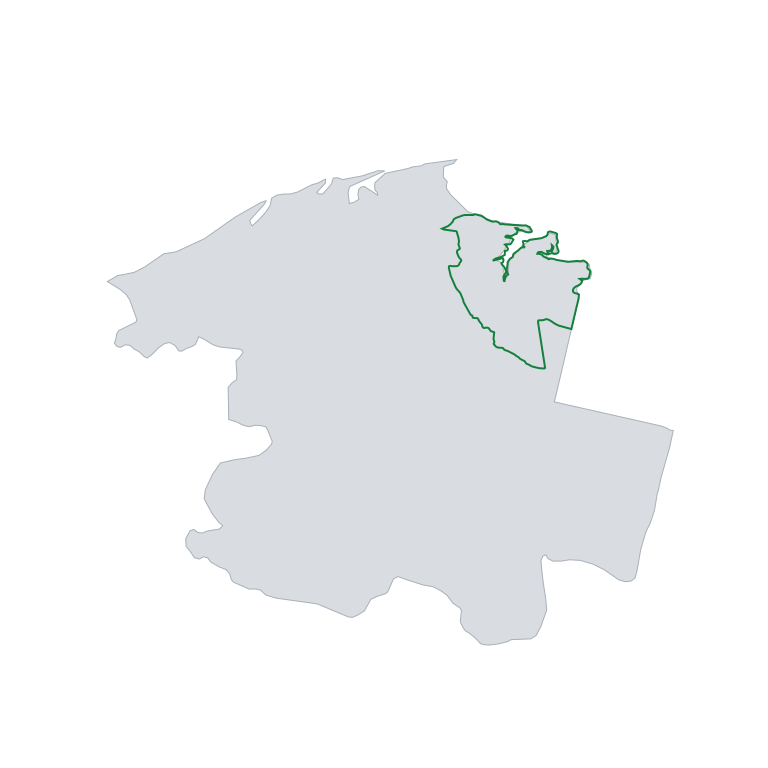 where Estuaire sits in Gabon, rotated 103°
{"feature_id": "GAB-2168", "entity_name": "Estuaire", "entity_type": "Province", "adm_level": 1, "iso_a3": "GAB", "parent_name": "Gabon", "parent_adm1": "", "projection": "natural_earth1", "projection_center": [9.925, 0.242], "detail": "fine", "context": "in_parent", "style": "outline", "palette": "green", "viewbox_px": 768, "rotation_deg": 103, "n_neighbors": 0, "source": "natural_earth", "source_scale": "10m", "svg_char_len": 7917}
<svg xmlns="http://www.w3.org/2000/svg" viewBox="0 0 768 768"><g transform="rotate(103 384 384)"><path d="M522.4,104.7L522.0,111.2L515.5,127.4L512.5,139.8L511.7,153.0L513.5,163.6L516.6,171.2L518.6,179.5L517.1,185.2L514.0,187.7L516.1,190.6L520.8,191.3L528.8,188.8L541.1,184.4L557.2,178.0L567.8,174.6L585.2,176.7L594.6,179.1L599.3,183.6L604.5,202.6L607.1,205.5L611.3,213.5L614.8,223.2L615.6,228.2L615.2,231.7L611.6,236.9L607.6,244.7L606.2,249.3L602.9,252.8L598.7,256.2L587.0,257.6L585.2,259.6L581.9,267.8L575.8,274.8L573.0,281.3L570.5,290.1L571.0,301.0L569.7,316.6L568.5,327.2L571.6,330.9L585.5,333.5L588.2,335.6L591.9,342.1L596.7,348.3L609.5,352.1L614.4,356.9L618.4,362.0L619.0,366.2L616.1,383.2L613.3,399.5L614.3,411.9L615.4,423.8L616.9,441.0L616.2,451.6L612.6,458.0L612.6,463.0L614.2,469.1L611.0,485.9L609.0,488.7L603.3,491.9L600.3,496.4L599.3,503.5L596.2,513.2L593.0,516.7L593.0,521.2L596.1,524.5L596.0,529.6L590.3,535.6L586.9,540.2L579.3,542.4L570.6,540.0L568.5,536.7L570.7,531.5L569.9,527.3L566.9,522.9L562.3,511.6L558.2,509.3L555.9,513.9L548.8,522.5L536.3,533.4L527.5,534.3L511.4,531.0L497.8,525.7L491.5,512.8L487.5,502.2L481.7,489.8L475.2,484.0L468.3,480.2L465.2,479.9L455.3,486.8L452.3,489.5L452.3,495.3L453.3,500.7L454.8,503.3L456.1,506.8L455.8,512.2L454.1,519.3L453.5,527.3L422.4,535.1L417.0,532.3L413.1,528.7L408.4,529.3L394.9,533.4L390.0,530.5L385.1,528.5L382.8,530.2L382.6,533.6L384.9,552.3L384.2,559.4L381.1,568.7L379.6,575.0L387.8,576.7L390.8,579.7L393.7,584.4L397.6,588.7L397.9,591.4L393.4,596.3L391.8,602.3L394.0,607.0L399.6,611.9L407.8,617.0L411.8,620.3L411.4,623.4L407.6,629.9L406.1,635.4L403.5,640.3L404.0,644.9L407.7,649.2L407.3,653.0L404.8,655.9L399.7,655.3L395.4,655.7L391.6,654.5L379.5,639.7L376.8,639.3L359.2,650.7L354.9,655.3L351.3,662.0L346.4,676.6L338.4,668.1L331.5,652.6L323.5,643.2L306.6,627.8L302.1,616.5L282.8,591.6L255.0,566.7L235.0,545.0L231.9,540.2L235.3,540.8L254.7,551.6L257.3,550.4L259.6,548.0L251.2,542.3L243.2,537.9L235.7,535.1L228.2,535.3L224.0,530.8L221.3,523.8L219.9,517.9L216.6,511.7L205.9,498.8L203.3,493.9L197.5,487.1L201.1,486.2L212.5,492.7L213.5,490.1L212.5,486.3L201.0,480.2L194.8,479.8L193.4,475.5L194.2,470.5L186.0,451.8L177.5,437.8L176.2,431.2L199.1,461.6L202.2,462.1L206.2,461.9L215.8,458.4L214.0,454.4L209.7,450.0L205.5,452.0L200.1,452.4L197.3,450.6L196.0,447.5L201.4,432.7L199.0,433.5L197.3,436.1L194.4,437.4L189.8,438.1L178.5,430.2L168.5,408.9L165.8,404.5L163.2,397.1L160.5,394.0L149.0,363.7L153.4,365.9L158.7,374.7L168.8,372.9L172.8,367.8L176.3,368.0L179.8,366.8L184.3,362.0L197.3,341.1L200.8,313.5L199.6,297.2L197.7,280.9L202.1,275.7L203.8,279.1L204.6,284.9L206.6,289.2L211.3,293.0L219.9,294.0L233.2,300.1L238.0,303.9L239.3,296.2L254.6,289.7L250.0,287.4L236.4,289.9L217.6,280.2L211.4,274.0L205.6,262.3L199.6,256.1L200.0,250.6L213.5,245.5L217.0,246.1L218.5,252.1L222.1,254.6L223.5,253.8L224.1,248.6L224.1,234.7L220.0,214.8L221.2,211.0L224.9,209.6L228.2,206.9L230.5,206.4L235.1,206.9L237.3,211.5L238.6,214.1L243.2,215.3L246.9,217.7L250.2,217.1L252.9,214.2L256.8,213.6L269.1,213.6L280.2,213.7L302.3,213.8L324.4,213.8L346.5,213.9L363.1,214.0L363.1,202.6L363.0,185.0L362.9,164.2L362.8,144.3L362.7,125.9L362.6,104.1L363.5,97.9L364.6,95.3L364.2,91.7L381.3,91.4L412.3,93.0L425.8,92.8L429.6,93.1L446.5,92.0L460.2,93.4L466.1,94.9L471.3,95.7L487.7,96.6L509.1,95.5L516.4,95.7L520.4,98.8L522.4,104.7Z" fill="#d9dde1" stroke="#a8b0b8" stroke-width="1"/><path d="M256.9,213.6L265.8,213.7L288.3,213.8L287.8,227.1L286.6,231.8L285.7,233.7L284.5,237.4L284.2,239.2L284.3,240.5L285.5,242.5L286.0,243.4L286.3,244.3L287.0,247.0L287.4,247.9L288.0,248.0L289.2,247.8L331.7,230.8L332.4,230.8L332.7,231.1L333.5,234.8L333.7,236.9L333.6,243.4L333.4,244.6L332.6,247.1L332.2,249.4L332.0,250.0L331.8,250.4L330.6,251.5L330.2,252.0L330.0,252.5L329.1,256.3L328.8,257.1L328.2,258.2L327.8,258.7L327.5,259.3L327.4,259.7L327.1,260.8L327.0,261.2L326.0,263.1L325.7,264.0L324.0,270.9L323.8,273.4L323.6,274.2L323.5,274.6L323.2,275.0L323.0,275.3L322.5,275.7L322.3,276.2L322.2,277.2L322.8,280.3L322.8,281.4L322.8,281.9L322.7,282.4L322.3,283.5L321.7,284.4L321.4,284.7L321.2,284.9L320.7,285.7L320.2,286.2L318.6,285.9L318.3,285.9L318.0,286.0L315.5,287.4L314.3,287.6L313.8,287.6L310.5,288.1L309.4,288.1L308.9,288.3L308.7,288.6L308.6,289.5L308.6,290.8L308.5,291.5L308.2,292.1L307.9,292.5L306.5,294.0L306.3,294.2L306.0,294.8L305.9,295.1L305.9,295.4L305.9,296.2L306.0,296.5L306.1,297.2L306.9,299.0L306.9,299.7L306.5,300.6L304.3,301.9L303.6,302.5L302.7,303.7L301.1,305.7L299.7,306.6L298.8,307.9L298.8,308.1L299.1,309.1L299.4,311.0L299.5,311.9L299.4,312.3L299.1,312.7L298.7,312.8L298.1,313.0L297.5,313.4L297.3,313.9L297.3,314.4L297.3,314.9L296.9,315.3L287.1,324.2L286.1,325.0L284.6,325.6L278.8,329.7L277.8,330.6L275.1,334.5L273.3,336.2L263.5,343.4L256.1,347.0L254.6,347.1L254.2,346.5L254.0,345.7L253.9,343.9L253.6,342.9L253.0,340.1L252.7,339.3L252.1,338.5L251.4,338.0L250.6,337.7L249.0,337.5L248.3,337.2L247.5,336.8L246.6,336.5L245.8,336.7L245.0,337.6L244.4,338.6L243.3,339.8L241.9,340.9L239.4,342.5L238.1,342.7L237.1,342.4L235.5,340.7L234.7,340.6L233.3,341.6L231.3,342.8L230.5,342.9L228.1,343.0L227.3,343.3L224.0,344.7L220.8,346.6L220.0,346.9L219.3,347.3L218.9,348.1L220.0,360.1L219.6,362.4L215.8,357.2L213.2,355.1L210.5,353.6L209.7,353.4L208.2,353.2L207.1,352.5L205.9,351.1L201.7,344.6L201.0,342.7L199.2,334.9L198.1,333.6L198.1,327.2L198.7,325.2L200.5,321.0L200.9,319.1L201.0,318.0L201.3,316.0L201.4,314.9L201.2,314.0L200.3,311.6L200.4,310.4L200.6,309.3L201.1,308.3L201.7,307.4L202.1,306.5L201.9,305.7L201.6,305.0L201.4,304.2L201.3,302.2L198.4,284.4L197.5,281.4L197.8,280.5L198.2,278.0L198.3,277.5L198.7,277.2L201.3,274.6L202.2,274.3L203.0,275.0L203.7,276.8L204.0,279.1L203.8,281.0L203.0,284.5L203.2,285.6L203.6,286.7L203.6,287.4L202.8,287.7L202.3,288.1L202.2,289.1L202.3,290.2L202.5,291.0L203.2,290.3L203.6,289.4L204.1,288.7L205.0,288.4L207.7,288.5L208.1,288.8L208.5,290.0L210.7,292.4L211.4,294.2L211.7,297.8L212.2,298.3L212.9,298.8L213.4,298.8L213.7,297.8L213.3,293.8L213.3,292.1L214.2,290.4L218.2,291.7L219.3,292.3L219.7,293.3L220.4,296.6L220.9,297.5L221.3,296.8L223.6,294.2L224.3,293.6L225.5,293.7L226.3,294.2L227.1,296.1L231.1,295.4L234.1,298.8L236.6,303.4L239.3,305.8L236.3,299.5L235.1,297.8L234.9,296.2L236.5,295.4L238.6,295.5L239.9,296.8L240.9,296.1L242.4,293.9L243.2,292.9L246.1,290.8L247.1,290.4L248.4,290.4L250.8,291.4L252.1,291.7L253.3,291.6L256.6,290.4L256.6,289.7L252.5,289.8L250.9,289.2L249.3,287.7L248.1,288.7L246.6,289.5L245.0,290.1L238.7,290.6L237.6,291.0L234.0,289.6L232.9,288.8L231.7,287.5L231.1,287.1L228.5,287.2L227.6,286.7L223.7,283.3L220.9,281.4L219.7,280.0L219.3,278.1L218.7,278.1L218.2,279.2L217.8,279.6L216.8,279.4L216.1,279.6L214.3,280.6L213.7,280.7L213.1,279.6L212.6,276.2L211.7,275.5L210.6,274.2L206.7,263.8L205.6,262.1L203.4,259.1L201.8,258.3L200.4,258.4L199.1,258.3L198.1,256.8L198.0,255.5L198.3,250.3L198.9,249.1L200.7,248.9L202.5,248.5L203.4,248.1L205.1,247.0L205.9,246.6L207.0,246.4L207.7,246.6L208.4,247.0L209.5,247.2L210.2,247.0L211.3,246.1L212.8,245.4L214.0,244.5L215.5,243.7L217.0,243.9L218.4,245.5L219.0,247.6L218.7,249.6L217.3,250.4L213.8,249.6L212.1,249.8L210.9,251.7L212.8,251.0L215.2,251.2L217.1,252.4L217.6,254.9L218.6,254.6L219.3,253.9L219.7,252.9L219.8,251.7L220.8,253.2L220.9,256.0L220.5,258.6L219.8,260.1L220.6,262.7L221.2,263.6L222.6,263.9L222.3,262.4L222.3,260.5L222.7,258.8L223.4,258.1L223.9,257.3L224.8,253.2L225.4,251.7L224.3,249.8L224.0,247.9L224.3,243.3L223.5,232.1L220.6,223.3L220.4,221.0L220.0,219.5L219.3,218.6L218.9,217.5L219.3,215.6L220.3,213.6L221.3,212.6L222.5,212.3L224.0,212.3L225.4,211.9L226.2,210.7L226.8,209.4L227.6,208.5L229.1,208.2L233.8,208.3L235.1,208.8L236.2,210.9L236.9,214.9L237.6,216.9L238.3,215.3L238.6,214.1L241.0,214.4L242.3,215.0L243.6,216.1L245.8,218.9L247.1,220.1L248.5,220.8L250.0,221.0L251.3,220.7L252.2,219.6L252.5,218.4L252.5,215.6L253.0,214.2L254.6,214.0L256.9,213.6Z" fill="none" stroke="#15803d" stroke-width="2"/></g></svg>